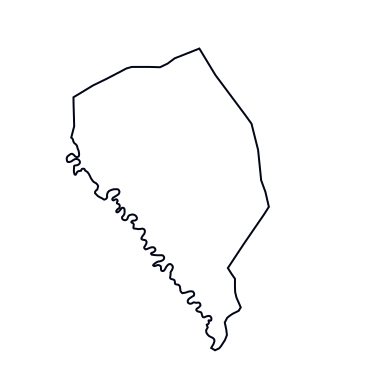 the district of Darxan, Darhan-Uul, Mongolia, rotated 326°
{"feature_id": "93677404B46985552714586", "entity_name": "Darxan", "entity_type": "district", "adm_level": 2, "iso_a3": "MNG", "parent_name": "Mongolia", "parent_adm1": "Darhan-Uul", "projection": "albers", "projection_center": [105.906, 49.46], "detail": "fine", "context": "isolated", "style": "outline", "palette": "ink", "viewbox_px": 384, "rotation_deg": 326, "n_neighbors": 0, "source": "geoboundaries", "source_scale": "gbopen_adm2", "svg_char_len": 5472}
<svg xmlns="http://www.w3.org/2000/svg" viewBox="0 0 384 384"><g transform="rotate(326 192 192)"><path d="M211.9,54.6L206.7,52.9L185.1,50.5L169.5,48.3L146.7,47.2L143.1,52.7L131.1,71.6L122.3,79.4L122.6,80.2L122.7,81.2L122.3,82.9L121.8,84.1L121.8,85.8L122.4,87.6L122.5,89.0L122.1,90.4L121.5,92.0L121.1,94.3L119.8,97.2L118.6,98.7L117.9,99.1L116.4,98.9L115.6,98.3L115.1,97.3L114.9,96.0L114.6,94.6L113.9,93.2L112.8,92.7L111.1,92.7L108.6,92.9L107.3,93.7L106.5,94.8L105.9,96.0L105.7,96.8L105.9,97.7L107.0,98.5L108.1,98.9L109.4,99.2L111.6,99.1L113.3,99.3L115.0,100.2L115.8,101.3L116.2,102.6L116.1,104.0L115.4,105.1L114.4,105.6L113.2,105.8L111.7,105.5L110.6,105.0L109.9,104.6L109.3,104.5L108.7,104.6L107.5,106.3L105.8,108.5L105.1,109.8L104.7,111.1L104.5,111.7L104.7,112.2L105.2,112.6L105.9,112.3L106.8,111.9L107.7,111.3L108.7,111.1L109.9,111.4L111.9,112.3L112.6,111.8L113.4,111.4L114.1,111.5L114.8,111.8L115.4,112.4L115.7,112.9L115.4,114.3L116.5,117.1L116.6,119.2L116.3,121.8L115.9,124.0L115.9,126.5L116.1,128.5L116.8,130.0L117.4,131.1L117.7,133.0L117.5,134.6L115.9,136.1L114.8,137.0L113.1,137.1L112.1,137.5L111.5,138.0L111.0,138.6L111.1,139.4L111.4,141.4L111.8,143.0L112.8,145.1L113.7,146.5L114.2,147.6L114.5,148.6L115.3,149.4L116.4,149.6L117.3,149.6L118.2,149.2L118.9,148.7L119.7,147.1L121.0,145.9L122.4,145.1L124.0,144.8L126.2,145.2L128.3,145.8L130.9,147.4L132.1,148.4L132.4,149.8L132.1,151.0L131.3,152.0L129.8,152.8L127.4,152.8L125.2,152.7L123.4,152.6L122.3,153.0L121.8,153.5L121.7,154.1L121.8,154.6L122.3,155.1L123.4,155.2L124.6,155.4L125.3,155.9L125.6,156.6L125.6,157.3L125.2,158.0L124.3,158.4L123.7,158.9L123.5,159.3L123.6,159.8L124.0,160.5L124.6,161.3L124.7,162.1L124.4,163.0L123.8,163.8L123.1,164.4L122.4,164.6L121.1,164.6L119.8,164.8L118.8,165.3L118.3,165.8L118.2,166.2L118.3,166.7L118.7,167.1L119.4,167.3L120.3,167.3L121.6,167.0L123.1,166.6L124.3,166.1L125.0,166.0L125.6,166.2L126.1,166.6L126.5,167.2L126.6,167.9L125.7,169.8L124.8,171.1L123.6,172.4L122.2,173.1L121.1,173.4L120.0,173.7L119.4,174.5L119.2,175.3L119.4,176.3L120.0,177.3L120.9,178.1L121.9,178.4L123.3,178.2L124.9,177.0L126.2,176.3L127.3,176.3L128.9,176.8L130.5,177.6L131.5,178.9L132.1,180.3L132.1,182.0L131.5,183.2L130.8,183.8L129.8,183.9L129.0,183.8L128.0,183.3L126.8,182.7L125.9,182.6L125.3,182.8L124.9,183.0L124.8,183.5L125.4,184.4L125.7,185.2L125.6,186.3L125.0,187.0L124.5,187.7L123.8,188.4L123.4,188.9L123.3,189.3L123.4,189.7L125.4,191.5L127.0,192.9L128.1,193.6L129.3,194.1L130.5,194.7L131.1,195.5L131.5,196.4L131.4,197.4L130.9,198.3L130.3,199.0L129.5,199.7L128.5,200.2L127.3,200.5L125.9,201.1L124.8,201.6L124.2,202.1L123.9,202.6L124.0,203.2L124.3,203.8L125.8,205.2L126.6,206.3L126.6,207.6L125.8,208.8L124.8,209.5L123.3,210.3L122.1,210.7L121.4,211.2L121.1,211.8L121.2,212.7L121.4,213.5L122.7,214.1L124.3,214.4L126.4,214.8L128.1,215.5L129.3,216.4L129.6,217.3L129.8,218.2L129.3,219.5L128.5,220.1L127.6,220.3L126.7,220.3L125.8,220.3L124.9,220.0L124.2,219.9L123.7,220.1L123.5,220.5L123.5,221.3L124.8,222.6L126.8,224.2L128.5,225.5L129.9,226.4L131.6,227.5L132.4,228.5L132.5,229.5L132.4,230.6L131.3,231.8L130.3,232.1L129.4,232.2L128.1,232.0L126.5,231.5L125.0,230.7L122.9,230.4L120.9,230.5L119.5,230.6L118.8,231.1L118.9,231.8L119.7,232.6L121.4,233.0L123.0,233.5L123.8,234.4L124.5,235.7L124.3,236.9L123.5,238.0L122.9,239.1L122.7,240.1L123.2,240.9L124.1,241.4L125.0,241.5L126.9,240.7L128.7,239.7L130.8,239.1L132.1,238.9L133.2,239.3L134.0,239.9L134.4,241.2L134.5,242.6L134.1,243.7L132.8,244.8L131.5,245.6L129.9,246.3L129.2,246.7L128.7,247.6L127.7,248.9L126.6,250.0L126.0,250.7L125.8,251.1L125.8,251.6L126.1,252.5L127.2,253.7L127.8,254.5L128.1,255.3L127.9,256.1L127.5,257.1L127.0,257.8L126.7,258.4L126.7,258.8L127.0,259.5L128.0,260.5L128.8,261.3L129.2,262.5L129.1,263.6L128.6,264.7L128.0,265.9L127.4,267.0L127.1,267.9L127.1,269.0L127.2,269.9L127.5,270.5L128.6,271.0L130.3,271.8L132.9,272.5L134.6,273.1L136.0,274.0L137.0,275.0L137.2,276.1L137.0,277.3L136.3,278.3L135.7,278.9L135.1,278.9L132.8,278.8L130.6,278.8L129.4,278.9L128.4,279.3L127.6,279.9L127.0,280.8L126.8,281.6L127.1,282.3L127.5,283.1L128.0,283.7L128.5,283.9L129.7,284.3L130.9,284.3L131.5,284.4L132.2,284.8L132.7,285.4L133.3,286.0L133.8,286.4L134.7,286.8L135.5,287.3L136.1,288.0L136.2,288.7L136.2,289.5L135.8,290.3L135.5,290.8L134.7,291.1L134.0,291.3L133.0,291.5L131.4,291.4L130.7,291.5L130.0,291.8L129.6,292.2L129.5,292.8L129.7,293.5L130.1,294.4L130.9,295.2L131.5,295.9L132.1,296.6L132.2,297.4L132.0,298.1L131.4,300.1L131.1,301.0L131.1,301.7L131.5,302.3L132.3,302.8L134.9,303.3L136.3,303.9L137.4,304.8L137.7,305.6L137.7,306.7L137.5,307.5L137.0,308.2L136.1,309.1L135.5,309.1L134.8,308.5L134.4,307.9L134.1,307.8L133.8,307.9L133.5,308.7L133.2,309.3L132.7,310.0L132.0,310.4L131.6,310.5L131.0,310.5L130.5,310.3L130.0,310.3L129.7,310.9L129.6,311.8L129.4,312.7L129.3,313.1L128.8,313.3L127.8,313.8L126.6,314.4L125.8,315.5L125.3,316.7L125.2,318.2L125.3,319.6L125.7,321.2L126.5,322.6L127.4,324.1L127.9,325.4L128.0,326.6L127.6,327.5L127.0,328.4L124.9,330.0L122.2,331.3L120.7,332.0L122.6,336.1L127.1,336.8L129.9,336.0L136.5,333.2L140.9,330.2L143.4,325.4L146.2,318.5L150.8,316.0L153.5,315.7L157.6,315.7L164.2,316.6L167.9,314.9L168.7,310.6L169.8,304.5L171.8,299.1L175.2,293.7L179.1,288.0L179.0,281.6L179.2,275.1L205.7,264.1L220.1,258.4L238.9,251.0L247.4,247.3L252.9,233.0L255.9,220.9L257.6,217.8L270.3,194.1L279.5,168.7L279.2,158.5L276.8,108.2L278.3,77.2L252.4,71.5L243.5,71.9L235.3,70.7L227.2,64.9L211.9,54.6Z" fill="none" stroke="#020617" stroke-width="2"/></g></svg>